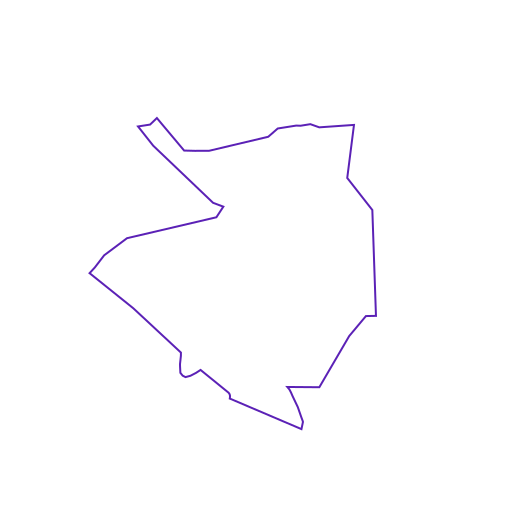 outline of Guelatao de Juárez, Oaxaca, Mexico, rotated 149°
{"feature_id": "50627088B65015189617486", "entity_name": "Guelatao de Juárez", "entity_type": "district", "adm_level": 2, "iso_a3": "MEX", "parent_name": "Mexico", "parent_adm1": "Oaxaca", "projection": "albers", "projection_center": [-96.496, 17.314], "detail": "fine", "context": "isolated", "style": "outline", "palette": "violet", "viewbox_px": 512, "rotation_deg": 149, "n_neighbors": 0, "source": "geoboundaries", "source_scale": "gbopen_adm2", "svg_char_len": 834}
<svg xmlns="http://www.w3.org/2000/svg" viewBox="0 0 512 512"><g transform="rotate(149 256 256)"><path d="M290.4,427.8L287.3,403.5L265.4,323.7L258.6,315.1L270.0,309.6L357.4,337.7L385.8,334.8L399.0,329.6L400.0,329.2L407.5,327.0L388.1,274.4L370.1,211.9L371.8,209.1L374.3,205.8L376.8,202.5L377.9,200.6L381.0,194.8L380.5,191.2L378.8,188.5L373.9,187.1L367.6,186.7L362.2,186.9L349.9,152.9L349.8,151.1L350.3,149.5L351.3,148.0L351.9,147.3L306.2,84.2L301.2,89.6L300.9,90.7L300.1,94.9L298.0,104.9L296.8,117.2L296.3,121.0L296.1,124.4L296.6,127.6L269.3,110.9L217.3,139.4L192.7,147.9L184.0,142.9L132.6,235.5L137.6,275.9L104.5,317.9L135.5,333.7L141.5,341.0L150.7,344.7L154.4,347.1L171.7,354.1L184.1,351.9L241.9,370.3L254.2,377.6L263.3,383.4L268.8,418.1L269.9,425.3L279.1,423.2L290.4,427.8Z" fill="none" stroke="#5b21b6" stroke-width="2"/></g></svg>